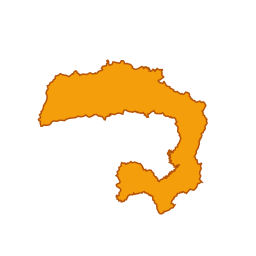 the district of Quibdó, Chocó, Colombia, rotated 210°
{"feature_id": "7082276B88455186246146", "entity_name": "Quibdó", "entity_type": "district", "adm_level": 2, "iso_a3": "COL", "parent_name": "Colombia", "parent_adm1": "Chocó", "projection": "mercator", "projection_center": [-76.757, 5.984], "detail": "fine", "context": "isolated", "style": "filled", "palette": "amber", "viewbox_px": 256, "rotation_deg": 210, "n_neighbors": 0, "source": "geoboundaries", "source_scale": "gbopen_adm2", "svg_char_len": 5761}
<svg xmlns="http://www.w3.org/2000/svg" viewBox="0 0 256 256"><g transform="rotate(210 128 128)"><path d="M115.8,93.1L115.0,91.4L116.2,89.3L114.7,87.4L115.5,84.7L113.7,82.9L114.5,80.8L112.7,80.7L108.3,77.9L107.7,76.2L109.5,73.9L109.7,72.8L108.4,71.8L104.8,71.7L103.5,71.1L103.0,69.6L103.3,67.3L102.0,65.0L102.5,64.1L104.1,64.1L104.2,63.2L103.4,62.3L101.9,61.8L101.9,61.1L100.6,61.4L99.3,60.3L98.2,61.7L97.5,61.6L97.1,60.7L95.8,61.4L95.8,62.0L94.7,62.9L95.0,63.8L93.5,65.2L94.1,66.3L93.6,67.2L94.2,68.8L93.4,70.0L93.5,70.9L90.4,72.7L90.1,73.6L90.5,74.4L88.8,74.0L87.8,75.4L86.8,75.7L85.8,77.4L83.2,78.9L83.4,79.7L82.0,81.0L80.9,80.4L80.7,80.8L79.2,80.7L78.1,81.2L76.1,80.4L75.7,81.0L74.9,80.6L74.6,81.3L73.7,80.8L72.4,81.2L70.5,78.1L69.0,78.3L67.6,76.5L65.0,76.1L62.1,72.2L60.9,71.8L59.7,70.5L57.4,69.8L55.7,70.7L55.6,71.7L54.7,72.4L55.1,73.8L54.0,74.3L51.4,77.5L50.8,79.8L49.1,81.6L48.9,84.8L49.9,84.0L51.1,84.8L52.7,84.2L53.6,86.7L53.3,89.3L52.8,89.8L53.5,91.1L51.9,93.8L52.5,95.8L51.0,97.1L49.9,99.2L49.0,99.0L48.2,100.6L46.3,100.3L45.4,100.9L44.8,100.6L43.7,106.0L40.3,106.9L39.7,107.5L39.0,111.1L39.8,114.6L38.7,115.5L37.6,117.9L37.0,118.1L40.5,119.3L41.1,123.0L42.9,123.9L44.0,126.2L44.3,129.6L46.4,131.4L46.5,134.0L46.9,134.1L48.4,132.1L49.9,131.9L52.3,134.9L53.5,134.5L55.2,136.2L56.2,136.3L56.3,140.5L57.4,142.0L57.3,146.4L57.7,146.7L58.3,150.0L59.8,151.9L59.6,153.3L60.3,154.4L59.7,155.3L60.3,158.5L61.6,159.5L61.6,160.3L60.7,161.4L61.1,164.0L60.7,164.4L60.8,166.1L62.2,167.8L61.9,171.4L62.1,172.1L63.4,172.8L64.0,175.0L65.0,174.8L65.4,175.6L67.3,176.1L68.0,177.1L69.4,176.9L70.9,179.1L72.2,179.7L71.6,180.8L71.9,186.5L74.6,188.1L76.0,188.2L77.3,186.8L79.2,187.3L81.4,184.7L82.7,184.3L84.0,185.1L85.1,184.5L86.5,184.6L87.3,185.2L88.2,184.8L89.2,185.9L90.9,186.1L91.2,187.4L92.4,188.5L93.5,188.5L95.9,188.0L96.5,185.1L97.7,184.5L98.7,184.8L99.4,183.7L103.7,184.1L104.9,183.1L106.8,182.7L107.5,183.8L111.6,183.6L112.3,184.6L115.5,183.7L119.9,186.2L120.3,186.0L120.0,184.2L122.8,183.2L125.5,183.8L125.5,184.4L124.2,186.0L122.6,190.0L125.4,190.9L125.8,192.4L127.6,194.3L127.1,195.3L127.6,195.7L130.5,193.9L132.5,194.1L132.9,191.3L133.2,191.7L133.4,191.1L133.8,191.5L134.1,190.9L135.7,191.4L136.3,188.9L137.1,188.3L137.7,188.7L138.1,188.2L138.4,189.3L139.1,189.1L138.9,189.8L140.2,190.4L140.8,189.5L142.0,190.1L142.9,189.9L142.6,189.3L144.2,188.9L144.0,188.2L144.5,188.2L144.5,187.6L145.4,188.2L146.7,188.2L149.6,183.5L151.3,182.3L154.1,182.1L154.7,183.3L157.5,184.2L161.4,183.3L163.2,181.9L164.9,183.6L165.7,183.7L167.3,183.0L167.6,179.9L174.0,177.8L173.6,175.7L175.0,173.3L176.5,173.6L178.0,175.8L179.4,176.6L180.0,175.5L178.1,174.7L178.7,173.2L177.9,171.2L180.8,168.7L180.9,166.4L179.3,165.9L179.1,165.4L182.0,162.0L181.8,161.0L182.9,159.2L183.9,159.3L184.1,158.2L185.9,157.1L188.5,156.8L190.7,153.5L193.3,152.6L195.0,151.2L196.0,149.5L198.1,150.5L199.5,150.1L200.3,151.1L201.8,151.4L202.6,150.2L202.5,147.2L203.2,147.1L204.9,142.8L207.0,142.9L211.4,141.4L213.8,141.2L214.7,138.6L216.6,137.0L216.6,135.8L215.7,134.5L216.7,132.0L216.4,130.4L218.0,128.5L217.7,125.6L219.0,124.2L216.6,121.8L217.1,120.0L216.3,116.9L214.7,116.0L213.1,113.9L212.1,110.0L212.3,105.3L211.2,102.3L211.0,99.8L211.5,98.8L210.5,97.5L211.3,95.1L209.1,93.8L208.8,92.5L209.7,91.9L209.8,90.5L208.9,89.9L207.1,89.9L206.7,88.7L204.5,86.1L203.1,86.7L202.5,88.6L200.4,89.2L198.0,91.2L197.1,93.0L197.2,95.2L196.0,96.9L192.2,98.8L191.2,100.6L186.5,102.8L185.9,104.7L183.3,107.4L178.5,110.9L177.5,112.9L173.9,114.4L171.6,116.9L171.3,118.1L168.0,117.8L166.7,118.2L164.4,121.4L164.3,122.4L162.0,124.0L159.6,123.6L158.5,124.4L157.8,124.2L156.2,124.9L153.5,124.1L152.9,123.4L151.8,123.7L152.7,126.4L151.6,128.0L150.4,128.6L149.5,130.4L150.8,130.5L150.5,131.5L146.4,132.9L144.9,135.1L143.0,136.6L139.4,137.4L140.2,140.1L140.2,141.2L139.6,142.1L138.7,142.5L136.2,142.5L131.7,144.1L130.2,146.2L128.9,145.9L128.5,146.5L127.5,146.0L126.9,146.6L124.2,147.2L122.4,149.0L121.9,148.3L120.4,148.5L120.1,147.5L119.3,147.8L117.0,146.8L115.8,147.7L117.5,149.4L117.7,150.4L116.8,150.7L116.0,153.2L114.2,156.0L112.1,154.6L111.1,154.5L106.3,157.0L105.7,158.4L104.0,158.0L103.3,157.2L101.4,157.1L99.0,158.4L96.8,158.1L96.4,159.4L94.8,158.7L93.0,160.2L91.2,159.5L89.7,158.0L88.6,157.8L88.7,156.5L89.4,156.0L89.2,155.1L85.3,154.0L83.2,149.9L79.9,148.3L79.8,147.1L79.1,147.1L77.0,145.3L76.3,140.7L76.6,138.0L75.6,136.5L77.1,135.0L76.3,132.7L77.3,131.4L76.9,130.0L77.7,130.1L78.0,129.6L77.3,128.9L78.4,128.6L78.5,128.0L79.0,128.6L78.7,129.0L79.4,128.9L79.6,129.6L80.0,128.8L81.2,129.4L81.3,128.3L80.1,127.9L80.9,127.7L81.1,125.8L80.4,125.1L79.3,126.4L79.6,125.4L79.1,124.7L78.9,125.6L78.0,126.1L77.6,124.4L76.8,124.3L76.4,123.2L76.6,122.9L77.3,123.4L77.2,122.2L76.3,122.1L76.1,121.0L75.2,121.2L75.0,120.6L74.2,121.4L73.8,120.9L74.0,119.7L74.7,119.0L72.0,119.0L70.9,119.6L70.2,118.5L68.7,118.4L68.4,117.4L67.1,118.8L67.1,119.8L66.4,119.9L66.1,121.2L65.3,121.6L65.5,119.6L65.9,119.6L65.7,119.0L66.3,118.8L65.9,118.3L66.7,117.4L66.2,116.5L67.0,114.9L66.2,114.5L66.8,114.1L66.5,113.6L67.7,112.7L67.6,112.2L68.4,112.4L68.3,111.5L69.3,110.9L68.8,110.6L69.1,109.8L68.3,109.8L69.0,109.1L69.6,109.3L69.7,108.7L68.8,108.7L69.5,107.9L68.6,107.1L69.6,106.0L69.6,104.4L70.3,104.7L70.6,105.7L71.2,105.2L71.0,104.2L71.6,103.8L70.5,103.4L72.3,102.6L72.4,100.9L73.6,100.0L74.2,98.6L74.1,97.3L74.5,97.2L74.9,97.9L75.8,97.2L77.2,99.1L78.6,98.9L78.9,99.7L79.9,99.4L81.5,99.8L82.6,100.5L83.1,101.7L85.0,101.9L86.8,102.9L88.7,102.2L90.2,100.3L91.1,99.9L91.9,101.0L93.6,99.6L95.0,100.9L95.7,100.8L95.7,101.5L97.1,102.4L99.8,103.3L100.2,102.7L105.2,101.8L106.9,100.0L108.7,100.4L109.7,97.9L110.9,97.3L110.9,96.5L111.9,96.1L112.0,95.5L113.1,96.1L115.1,94.8L116.0,94.9L115.8,93.1Z" fill="#f59e0b" stroke="#b45309" stroke-width="1.5"/></g></svg>